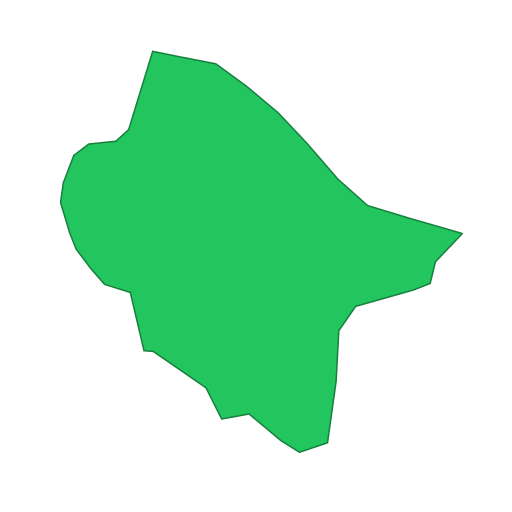 Gunpo-si, Gyeonggi, South Korea, rotated 278°
{"feature_id": "91817680B51138241033746", "entity_name": "Gunpo-si", "entity_type": "district", "adm_level": 2, "iso_a3": "KOR", "parent_name": "South Korea", "parent_adm1": "Gyeonggi", "projection": "orthographic", "projection_center": [126.925, 37.33], "detail": "fine", "context": "isolated", "style": "filled", "palette": "green", "viewbox_px": 512, "rotation_deg": 278, "n_neighbors": 0, "source": "geoboundaries", "source_scale": "gbopen_adm2", "svg_char_len": 626}
<svg xmlns="http://www.w3.org/2000/svg" viewBox="0 0 512 512"><g transform="rotate(278 256 256)"><path d="M307.0,457.0L314.9,401.4L321.5,359.4L343.6,326.3L374.5,291.0L401.0,257.9L423.0,222.6L440.7,189.5L442.8,149.8L444.3,125.2L363.4,112.3L350.2,101.3L343.6,74.8L330.3,61.6L301.6,55.0L295.9,55.0L281.8,55.0L253.1,68.2L237.7,77.0L220.0,94.7L206.8,110.1L202.4,136.6L146.6,158.3L147.2,167.5L118.5,224.8L89.8,244.7L98.6,271.1L76.6,306.4L67.7,326.3L81.0,352.8L103.0,352.8L142.8,352.8L193.5,348.4L220.0,361.7L244.3,416.8L253.1,432.3L275.2,434.5L306.1,456.6L307.0,457.0Z" fill="#22c55e" stroke="#15803d" stroke-width="1.5"/></g></svg>